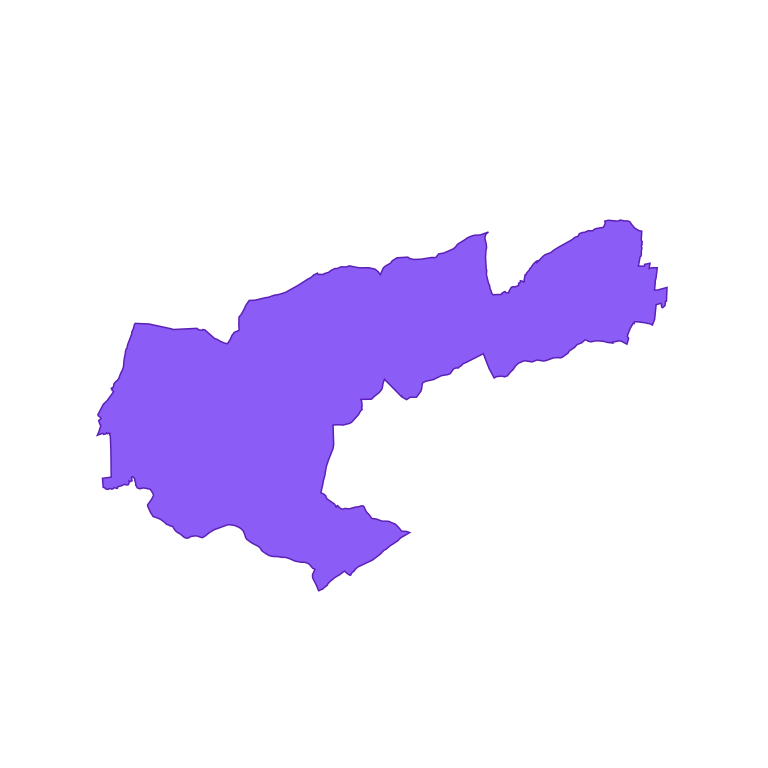 Borascu, Gorj, Romania (Albers equal-area conic projection), rotated 155°
{"feature_id": "2599482B74133650758011", "entity_name": "Borascu", "entity_type": "district", "adm_level": 2, "iso_a3": "ROU", "parent_name": "Romania", "parent_adm1": "Gorj", "projection": "albers", "projection_center": [23.247, 44.703], "detail": "fine", "context": "isolated", "style": "filled", "palette": "violet", "viewbox_px": 768, "rotation_deg": 155, "n_neighbors": 0, "source": "geoboundaries", "source_scale": "gbopen_adm2", "svg_char_len": 6117}
<svg xmlns="http://www.w3.org/2000/svg" viewBox="0 0 768 768"><g transform="rotate(155 384 384)"><path d="M365.6,505.8L368.7,506.0L372.6,508.0L374.5,508.5L377.3,508.3L379.6,509.4L384.2,509.3L387.1,508.6L391.5,509.3L392.6,508.9L397.3,511.1L397.5,512.6L401.8,512.5L405.3,511.3L408.5,511.3L420.2,509.7L434.4,508.7L437.6,509.0L442.5,509.8L445.5,510.8L452.3,511.5L454.8,512.3L465.6,514.5L470.9,516.7L475.8,513.8L479.2,510.9L484.3,507.2L487.1,506.0L490.8,498.5L491.9,495.4L492.6,494.3L493.3,493.9L497.9,494.1L501.8,491.9L503.8,489.9L508.8,486.7L511.3,488.5L514.4,492.0L516.2,494.8L518.3,496.8L523.5,508.8L525.3,510.0L526.2,509.6L529.0,511.4L530.0,513.5L552.6,522.7L552.8,523.4L571.6,537.7L583.7,544.0L584.7,543.7L588.1,539.7L590.5,537.8L591.4,536.1L600.0,527.7L601.6,525.3L602.8,524.7L604.6,522.8L605.6,520.9L609.3,515.9L612.8,509.8L615.0,507.4L618.0,505.1L622.0,501.2L624.1,499.9L625.3,499.8L628.5,498.5L630.3,496.0L631.0,495.5L632.8,495.3L632.2,494.4L633.2,493.8L632.3,491.3L641.8,486.0L647.0,484.2L656.3,477.1L656.4,476.1L655.1,473.4L655.1,472.2L658.1,471.5L658.5,467.5L658.1,466.2L662.5,461.3L665.5,458.7L660.6,458.3L659.8,458.0L659.4,456.8L657.6,456.4L656.1,456.9L655.8,455.9L655.2,456.1L653.2,455.1L654.2,454.0L654.0,452.5L659.7,439.0L670.6,414.9L679.0,417.5L682.2,409.0L681.2,408.3L680.8,407.7L680.9,407.0L679.8,405.9L678.6,405.1L677.6,405.3L676.2,404.8L675.0,403.6L672.0,403.9L670.0,402.1L669.6,402.1L668.6,403.4L665.1,402.7L661.7,402.8L660.0,401.3L658.7,400.8L658.0,400.9L656.3,402.9L656.0,403.9L655.2,402.7L653.2,402.8L652.3,406.1L651.3,406.5L650.9,406.0L649.9,403.3L650.8,401.8L650.7,400.0L651.7,397.4L651.5,394.2L650.0,392.5L648.0,391.8L646.9,391.9L644.7,390.7L640.4,387.4L639.6,382.3L640.1,380.3L643.6,377.6L648.6,374.8L649.4,374.2L649.8,373.5L649.9,366.2L649.2,361.3L647.4,359.8L643.9,356.0L641.3,351.3L640.3,348.5L639.0,347.6L637.8,345.8L635.7,344.1L635.5,341.3L634.9,338.7L633.7,336.3L632.1,334.3L629.9,329.5L628.8,328.2L626.9,327.2L622.8,327.3L618.2,325.7L613.7,321.5L610.8,321.7L604.5,323.2L599.5,323.7L585.7,322.5L583.9,322.0L579.3,319.0L576.0,315.4L574.8,313.4L573.7,310.6L573.8,306.4L574.3,303.4L574.0,301.2L570.9,295.6L566.4,289.8L565.5,287.5L565.2,284.5L563.0,280.5L560.6,277.1L558.1,274.9L557.0,274.5L555.2,273.3L554.1,273.0L549.4,269.8L546.9,268.8L543.3,265.5L539.6,261.2L534.9,257.8L531.2,255.9L528.9,253.8L527.7,251.7L526.5,247.1L524.8,245.3L529.3,241.5L530.3,239.4L530.6,237.6L530.3,230.9L530.6,224.9L530.6,224.3L530.2,224.1L528.2,224.3L526.1,224.0L525.4,224.5L520.4,225.6L519.6,226.5L516.2,227.9L510.2,229.4L504.7,229.9L498.9,231.2L497.3,227.5L496.0,225.4L495.2,224.8L492.6,226.6L490.1,227.1L488.8,228.0L485.3,229.2L468.6,229.3L458.8,231.5L454.4,233.3L451.8,233.4L447.4,234.7L438.1,236.0L434.0,237.5L423.5,238.5L425.9,240.9L430.3,243.2L431.0,246.6L432.6,251.4L433.3,252.7L435.6,254.9L437.0,256.8L438.7,258.1L443.8,260.6L448.1,265.0L451.9,267.3L452.6,271.3L454.0,275.7L454.0,281.3L454.5,282.4L456.7,283.3L458.8,283.4L461.8,284.5L468.1,285.5L469.8,286.3L471.5,287.6L474.4,288.0L476.2,289.8L477.5,293.5L478.4,293.3L478.7,292.7L479.4,292.6L479.4,294.6L479.7,296.3L484.1,303.8L484.4,306.3L484.0,307.0L484.9,309.4L487.2,312.1L481.6,319.3L480.1,321.6L476.5,325.8L471.4,333.3L466.6,338.4L457.4,347.1L455.2,350.4L447.5,368.4L441.8,366.0L438.5,364.1L431.6,362.8L429.3,363.1L420.2,366.9L416.5,369.6L414.6,370.1L414.3,372.2L413.4,372.7L411.7,377.3L411.4,379.8L401.7,375.5L398.2,376.8L392.0,378.3L388.8,379.8L387.5,380.8L384.4,385.2L381.6,388.1L373.4,365.0L373.0,365.2L373.1,364.6L370.2,360.3L365.9,360.9L360.1,358.3L353.6,361.9L352.4,363.1L349.1,368.2L347.7,368.8L344.8,368.8L337.4,367.1L328.5,367.3L322.4,365.6L319.6,365.4L314.6,368.3L312.0,368.1L309.8,367.1L308.4,367.8L307.0,367.8L303.5,369.0L301.0,368.8L281.2,369.5L282.2,353.5L281.6,342.9L278.8,343.1L274.0,341.4L271.6,339.5L268.5,339.3L264.7,341.3L261.1,342.4L257.1,344.8L253.4,346.0L246.9,345.8L240.4,341.4L235.2,341.1L229.7,337.4L227.6,336.8L219.2,336.0L215.3,334.5L213.2,333.2L211.2,332.9L204.2,334.2L202.0,335.7L195.8,336.6L192.5,338.1L187.3,337.8L183.1,339.1L182.4,338.6L180.6,336.2L178.5,334.7L174.2,333.8L170.2,331.8L166.9,329.8L163.4,326.9L159.4,324.5L159.6,325.4L152.5,323.7L150.9,322.6L147.0,317.4L143.1,321.8L143.0,322.9L143.4,324.3L141.3,326.6L137.4,330.3L132.6,333.7L131.9,333.0L130.6,334.5L127.9,333.2L120.4,328.4L119.9,327.7L117.7,326.4L115.8,324.0L111.5,328.1L103.9,340.8L99.0,340.2L99.0,338.9L99.7,336.9L99.6,335.8L99.3,335.4L96.3,336.2L94.0,339.9L93.0,339.7L86.7,351.9L96.7,353.6L99.1,354.8L95.5,360.9L94.7,362.7L92.5,365.3L87.2,373.9L91.9,376.1L94.9,376.6L91.9,381.0L97.3,382.3L98.1,380.8L98.5,380.8L103.6,383.4L98.3,390.8L97.1,391.3L96.0,392.7L94.9,395.2L92.9,398.1L92.2,400.9L90.9,401.4L91.1,402.0L90.7,403.2L89.9,403.5L89.8,404.1L90.2,405.0L89.5,406.8L85.8,413.5L88.2,415.4L90.8,419.2L92.3,424.5L92.4,426.5L93.2,427.9L94.9,429.2L96.9,430.0L100.7,432.8L103.1,432.7L111.5,437.6L115.1,438.3L115.4,436.6L116.1,435.7L118.8,433.3L126.4,435.3L128.4,435.3L130.1,434.6L134.1,436.6L138.4,436.7L139.8,437.4L142.4,437.7L143.6,437.5L145.8,435.9L149.1,436.3L152.8,435.3L168.1,434.2L173.9,433.5L177.3,432.6L183.2,433.1L186.0,432.5L192.8,429.8L193.9,429.6L193.0,430.8L194.2,430.8L197.7,429.7L202.1,427.1L202.9,427.1L204.2,425.9L207.9,424.3L209.1,423.0L210.0,423.3L212.7,419.5L213.6,417.5L214.3,417.2L214.8,418.5L216.8,419.9L217.6,418.5L219.5,418.4L219.8,417.3L220.5,416.5L224.6,416.6L225.2,417.3L226.8,417.9L228.1,417.6L231.6,415.2L231.9,414.1L232.8,414.0L234.3,414.9L235.0,415.6L235.2,416.6L235.7,416.8L238.9,416.4L239.5,415.5L247.4,418.8L248.0,420.3L247.5,424.4L247.6,425.9L246.9,427.5L246.5,432.1L245.0,439.8L242.9,443.6L242.6,445.4L238.5,455.8L235.1,462.1L233.5,464.0L232.2,467.5L231.1,473.0L230.4,474.5L228.4,476.7L225.1,477.6L233.7,478.4L239.4,480.7L243.7,481.2L247.5,481.2L248.8,480.7L258.2,479.6L261.0,478.1L263.9,477.2L274.4,477.4L279.5,478.8L283.1,477.0L284.2,476.9L287.2,478.5L297.5,481.4L304.2,484.2L307.9,487.0L308.2,488.1L309.0,489.0L318.9,492.9L324.5,492.2L327.1,490.7L332.2,490.4L335.4,489.6L341.2,484.7L341.8,488.2L343.7,492.0L348.8,495.9L357.3,499.7L365.6,505.8Z" fill="#8b5cf6" stroke="#5b21b6" stroke-width="1.5"/></g></svg>